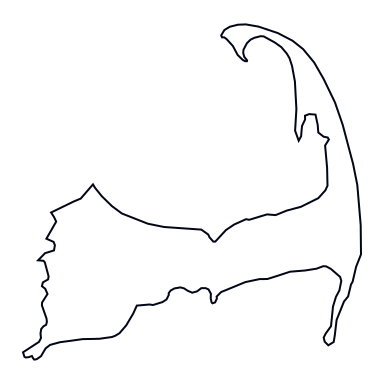 the district of Barnstable, Massachusetts, United States of America
{"feature_id": "52423323B82031073374827", "entity_name": "Barnstable", "entity_type": "district", "adm_level": 2, "iso_a3": "USA", "parent_name": "United States of America", "parent_adm1": "Massachusetts", "projection": "orthographic", "projection_center": [-70.291, 41.798], "detail": "fine", "context": "isolated", "style": "outline", "palette": "ink", "viewbox_px": 384, "rotation_deg": 0, "n_neighbors": 0, "source": "geoboundaries", "source_scale": "gbopen_adm2", "svg_char_len": 2356}
<svg xmlns="http://www.w3.org/2000/svg" viewBox="0 0 384 384"><path d="M34.2,359.6L36.7,359.2L41.0,356.2L45.6,348.4L50.1,344.9L60.0,342.2L69.9,340.9L82.7,339.1L82.8,339.1L83.2,339.1L94.7,338.9L95.1,338.9L96.8,338.8L99.2,338.8L112.0,337.0L115.4,335.7L119.5,333.2L126.2,325.4L131.0,317.3L133.2,313.6L136.8,305.6L149.5,304.5L153.0,305.0L162.4,302.1L166.5,299.5L168.8,294.9L168.7,293.1L170.7,290.5L174.5,288.4L180.5,287.4L184.1,288.4L187.8,290.8L192.2,292.7L197.0,291.4L201.4,288.1L205.5,288.1L208.5,289.4L210.9,293.7L210.7,298.4L211.6,302.4L212.5,303.3L215.1,302.4L216.9,298.5L216.6,296.6L221.2,292.0L225.7,290.2L245.3,282.1L259.6,279.1L267.4,279.0L277.6,275.8L290.1,271.7L305.0,270.5L316.5,268.7L323.2,266.2L326.3,266.4L331.0,269.0L340.1,276.9L341.3,280.9L339.4,290.4L335.9,297.0L333.0,306.6L331.0,326.2L325.8,333.4L323.7,337.5L324.7,341.7L328.3,345.3L333.7,342.0L334.8,335.3L336.6,319.9L344.0,301.5L348.1,296.5L351.0,284.5L352.6,281.8L356.1,266.8L361.0,254.4L360.7,225.2L357.3,185.0L353.1,164.0L342.7,124.8L335.0,102.5L323.6,78.9L314.1,62.4L303.1,49.1L292.5,40.7L277.9,33.1L258.5,26.6L245.8,24.4L238.1,24.7L229.9,26.7L224.4,30.0L221.2,35.4L222.0,37.3L224.1,37.3L226.5,39.0L232.9,46.0L237.6,54.9L242.6,59.8L245.1,61.2L246.9,61.2L247.1,60.4L244.2,56.7L243.2,52.8L243.5,49.7L246.9,43.2L250.5,39.7L254.3,37.8L260.6,36.2L263.7,36.4L274.8,42.5L281.4,47.2L286.8,53.6L289.5,58.2L292.0,65.8L294.9,81.4L296.4,109.1L295.1,130.7L298.7,140.7L301.1,136.3L302.0,126.0L305.1,119.5L305.0,115.7L309.2,114.1L315.5,114.6L317.7,124.9L318.3,132.5L323.6,136.7L327.7,137.5L328.9,139.5L325.1,145.5L327.1,167.8L327.5,185.7L325.4,190.3L318.3,198.2L314.6,200.0L300.9,206.8L287.0,210.5L275.6,215.1L267.0,214.4L249.2,219.8L246.0,219.2L234.2,224.5L226.0,230.0L215.3,241.6L213.3,241.6L209.5,237.3L208.9,235.9L208.2,234.5L201.3,229.6L164.2,227.0L160.6,226.3L147.8,223.7L121.9,213.5L112.0,206.2L101.7,196.1L95.1,187.9L93.0,184.4L80.7,198.6L73.7,201.5L51.1,212.5L54.0,217.0L56.2,221.6L46.4,238.7L53.6,241.9L54.9,245.2L54.0,250.4L45.0,253.2L38.1,260.3L43.5,260.8L44.8,262.3L48.0,274.1L48.6,276.4L48.1,279.4L42.9,282.4L41.9,286.2L45.2,288.7L47.5,294.0L42.1,302.5L41.9,305.4L46.5,318.5L46.9,321.9L46.1,324.8L43.5,326.3L41.2,329.0L40.5,333.6L41.0,338.0L39.0,341.9L23.0,352.3L24.5,356.9L25.9,357.5L28.9,357.1L31.9,356.0L33.0,358.1L34.2,359.6Z" fill="none" stroke="#020617" stroke-width="2"/></svg>